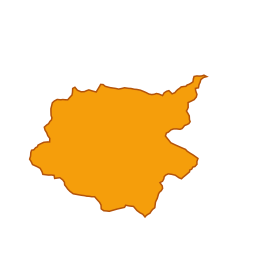 outline of Monte Alto, São Paulo, Brazil, rotated 121°
{"feature_id": "56859067B42660114948434", "entity_name": "Monte Alto", "entity_type": "district", "adm_level": 2, "iso_a3": "BRA", "parent_name": "Brazil", "parent_adm1": "São Paulo", "projection": "equal_earth", "projection_center": [-48.551, -21.258], "detail": "fine", "context": "isolated", "style": "filled", "palette": "amber", "viewbox_px": 256, "rotation_deg": 121, "n_neighbors": 0, "source": "geoboundaries", "source_scale": "gbopen_adm2", "svg_char_len": 2520}
<svg xmlns="http://www.w3.org/2000/svg" viewBox="0 0 256 256"><g transform="rotate(121 128 128)"><path d="M49.8,97.9L52.2,97.3L54.9,96.1L56.8,96.9L59.0,98.1L60.7,99.5L62.5,99.9L63.8,101.7L65.4,103.6L67.3,104.2L69.6,105.2L71.5,105.7L73.6,106.0L76.0,107.8L74.9,112.2L76.6,113.8L79.2,115.1L82.4,115.1L83.0,119.2L83.8,121.4L85.6,122.9L87.2,125.0L88.1,127.5L88.3,130.7L88.7,133.8L89.2,136.9L90.4,140.3L91.5,142.5L92.6,145.8L93.7,147.9L95.3,151.7L97.3,153.7L99.5,156.1L100.4,158.9L101.6,161.7L102.7,164.4L104.0,169.0L103.6,171.7L104.7,173.9L106.9,173.8L109.8,173.8L113.5,173.8L114.5,177.2L115.5,181.2L117.4,182.8L119.3,184.1L121.1,186.8L121.7,190.8L120.4,194.5L122.6,195.8L125.9,194.0L128.5,193.0L131.5,193.6L134.9,194.2L136.1,196.3L137.2,198.6L138.5,200.2L140.0,203.4L142.9,205.1L145.4,205.8L151.2,204.0L153.0,202.9L156.7,200.5L158.5,198.4L160.6,197.8L162.5,198.3L165.3,198.3L167.1,199.2L170.4,200.2L172.6,197.9L173.9,195.3L175.9,192.8L177.2,189.7L180.3,188.0L181.6,190.1L183.6,192.8L186.7,194.9L189.0,196.3L190.8,196.0L192.5,197.1L195.2,197.5L196.7,199.2L199.0,198.7L202.4,197.0L205.4,196.3L206.5,194.0L208.5,191.0L208.2,188.4L207.9,185.7L207.8,182.5L209.8,179.1L211.6,177.1L209.3,171.9L207.7,169.4L206.7,167.0L209.0,164.9L207.1,162.6L205.7,160.8L206.1,157.2L207.2,154.6L209.4,153.0L210.3,150.6L211.3,148.4L212.2,145.1L212.6,141.1L210.9,136.5L209.5,132.9L208.5,130.7L207.7,128.3L206.5,126.0L205.5,123.5L204.1,121.2L205.3,117.5L206.3,114.2L207.8,111.6L209.5,110.4L211.1,109.3L211.4,106.2L210.1,103.5L209.0,101.1L203.1,95.6L200.9,93.3L197.8,90.1L195.4,90.2L194.1,86.6L192.4,82.9L194.1,77.9L194.5,74.1L194.3,71.0L195.5,67.6L193.6,67.3L191.4,66.3L189.7,65.3L187.7,65.3L185.2,65.0L182.5,64.0L179.1,65.5L177.3,66.3L173.1,66.7L168.7,67.9L166.8,67.9L164.6,67.2L162.0,67.2L160.0,68.8L158.4,72.5L155.9,71.0L153.3,71.1L151.0,71.9L148.9,71.4L146.6,69.9L145.2,66.7L144.1,63.1L144.4,58.7L144.0,56.0L141.8,55.4L138.2,54.1L133.9,52.7L132.1,53.4L130.6,52.2L128.1,52.3L126.6,50.8L123.6,50.2L121.2,51.7L118.1,52.3L117.6,58.2L117.6,61.7L117.4,65.3L116.7,67.7L117.3,72.0L118.2,79.2L118.6,83.7L115.6,91.8L112.5,92.5L110.8,91.3L107.4,90.2L105.3,88.4L103.7,85.8L102.3,82.7L100.8,81.4L98.8,81.0L96.8,80.8L94.7,79.2L92.9,78.1L90.6,78.0L89.2,79.6L86.1,81.7L84.9,83.7L83.3,86.7L81.4,86.7L79.4,87.0L77.3,88.3L75.3,89.6L72.3,87.6L69.6,85.9L66.3,85.4L63.7,86.2L61.3,89.1L59.3,90.6L57.3,88.3L54.2,89.5L51.8,89.7L49.0,90.5L45.7,89.2L43.4,87.0L43.6,90.1L45.4,91.6L46.8,93.6L47.9,95.8L49.8,97.9Z" fill="#f59e0b" stroke="#b45309" stroke-width="1.5"/></g></svg>